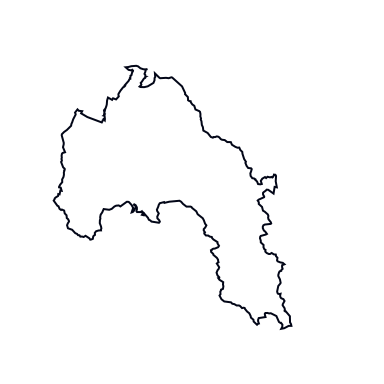 outline of Panticeu, Cluj, Romania, rotated 202°
{"feature_id": "2599482B63681333603727", "entity_name": "Panticeu", "entity_type": "district", "adm_level": 2, "iso_a3": "ROU", "parent_name": "Romania", "parent_adm1": "Cluj", "projection": "albers", "projection_center": [23.537, 47.044], "detail": "fine", "context": "isolated", "style": "outline", "palette": "ink", "viewbox_px": 384, "rotation_deg": 202, "n_neighbors": 0, "source": "geoboundaries", "source_scale": "gbopen_adm2", "svg_char_len": 6079}
<svg xmlns="http://www.w3.org/2000/svg" viewBox="0 0 384 384"><g transform="rotate(202 192 192)"><path d="M300.2,282.8L296.6,281.5L293.9,282.0L293.3,282.8L292.9,282.4L292.2,282.5L292.0,281.6L292.3,280.9L292.2,279.5L291.9,277.7L292.6,276.8L292.1,275.6L292.3,274.6L291.6,273.9L292.3,273.0L292.4,271.3L294.4,265.6L293.8,265.4L294.2,264.3L295.1,263.3L296.3,259.1L296.9,255.5L296.7,254.6L295.7,253.2L297.1,249.4L300.3,249.3L300.6,247.5L305.3,248.1L305.0,245.0L303.8,241.2L303.6,239.6L303.5,237.2L304.2,234.8L303.3,233.3L303.1,233.8L302.7,231.4L302.0,231.5L302.0,230.4L302.4,229.8L301.6,229.9L300.1,227.1L299.7,225.7L300.5,226.0L301.0,227.1L301.4,226.6L301.3,225.6L301.7,224.9L301.5,224.1L301.7,222.7L317.1,222.3L324.3,223.4L324.1,225.8L327.4,224.9L329.1,225.7L330.2,221.8L329.1,220.7L328.9,220.2L329.4,214.9L329.2,211.8L329.3,209.9L328.9,208.1L331.2,202.7L333.1,199.7L334.3,196.8L334.0,195.7L329.3,189.5L328.8,188.0L328.4,185.2L324.6,181.3L326.6,179.7L326.9,178.7L326.5,176.8L325.5,174.9L325.4,173.7L324.5,172.7L324.4,171.2L324.6,170.8L320.7,166.6L318.8,165.9L318.5,165.5L318.6,164.2L318.3,164.1L318.2,162.3L317.2,160.0L316.8,157.8L317.1,155.0L316.0,152.5L317.0,149.4L317.2,146.9L317.0,146.5L315.3,146.8L313.3,144.3L314.6,144.0L313.9,140.2L315.2,140.0L314.7,138.1L316.4,135.8L316.9,134.6L316.7,133.7L317.0,132.2L311.6,128.8L310.5,128.8L308.4,126.7L306.6,126.3L306.1,127.0L303.6,126.9L302.0,124.5L299.6,123.4L298.3,120.9L296.7,120.4L295.1,118.9L295.0,118.4L295.4,116.5L295.4,114.4L293.4,111.9L289.0,112.1L284.8,110.1L282.9,110.1L281.5,109.3L280.1,109.7L278.8,108.8L277.3,109.5L275.6,109.7L274.3,111.5L269.7,110.6L268.5,109.7L267.8,110.1L266.4,111.4L266.9,113.6L266.8,114.5L265.9,115.9L266.8,117.7L266.2,119.7L264.1,121.4L262.0,122.3L262.3,122.8L262.4,124.3L263.4,125.9L265.8,128.5L266.8,131.3L267.0,133.1L267.7,134.2L268.2,136.8L267.6,139.4L267.5,143.1L262.1,144.5L260.1,146.3L258.5,149.5L257.2,150.9L254.9,152.1L253.0,151.8L248.8,158.5L247.5,159.0L246.6,159.0L243.3,157.4L240.8,155.4L240.6,154.9L240.3,150.5L239.4,151.3L238.9,152.4L238.5,157.0L238.8,157.8L241.0,158.4L240.9,158.9L239.4,158.7L237.4,157.1L236.6,155.4L236.4,153.5L235.4,152.8L232.3,154.1L231.4,155.2L231.0,154.5L230.4,155.0L229.1,154.6L229.8,152.1L227.8,152.4L227.8,153.9L223.2,151.6L221.6,150.1L219.9,150.0L218.5,149.4L211.1,151.1L210.7,152.4L211.8,153.5L214.2,154.6L215.0,156.2L214.8,159.7L217.1,161.3L217.9,162.4L217.8,166.0L218.0,167.3L217.7,169.5L214.1,172.2L213.5,171.6L209.4,174.5L200.3,179.2L198.4,178.9L195.9,177.6L191.7,176.4L187.9,177.9L186.9,177.9L185.8,177.2L180.8,175.7L178.4,173.5L172.2,171.7L170.4,170.2L168.0,167.5L166.2,166.5L166.4,164.1L167.2,162.0L166.7,160.7L164.9,159.5L165.3,158.7L165.0,158.0L162.8,156.9L160.7,157.7L158.8,157.3L156.8,157.7L156.1,156.8L154.4,156.0L149.6,155.1L149.1,153.9L146.8,152.2L147.1,150.6L149.6,148.1L151.0,147.4L151.8,146.5L151.9,145.6L152.6,145.1L151.8,143.6L149.2,142.6L148.6,141.7L144.3,140.3L142.5,139.0L141.7,137.4L141.1,136.9L142.2,135.0L138.6,132.4L138.5,130.5L139.0,129.1L139.0,126.4L137.1,124.2L134.7,123.1L134.6,122.7L135.4,122.0L133.7,120.9L129.3,120.1L128.6,117.8L127.6,116.4L127.0,113.8L128.4,112.4L128.2,112.1L128.4,110.2L127.3,107.9L127.7,106.3L124.5,103.6L121.1,102.6L114.5,104.3L112.8,103.5L110.7,103.9L108.2,103.5L105.9,104.4L104.7,104.3L102.1,103.1L100.9,104.0L99.8,104.2L99.0,103.4L96.1,101.8L93.4,101.0L91.2,99.0L90.3,97.6L87.2,96.6L86.3,95.0L82.0,93.3L81.6,94.3L80.7,95.1L82.2,96.8L82.8,98.1L82.9,100.1L77.0,103.6L78.4,105.4L78.9,106.6L78.6,107.3L76.8,108.1L75.0,108.3L73.5,109.1L67.3,108.6L62.7,104.1L60.7,103.7L60.4,104.0L58.5,102.9L57.8,100.8L58.0,98.6L55.4,100.3L52.2,104.1L49.7,105.1L50.7,106.6L52.3,107.9L54.7,113.5L60.4,116.5L60.7,116.2L61.7,116.5L61.8,117.6L62.6,118.9L65.5,120.9L65.8,121.9L65.4,125.6L67.1,126.9L69.5,126.9L70.7,127.7L71.5,129.0L71.8,130.8L72.8,130.1L74.1,129.9L75.0,130.5L75.8,131.7L76.8,137.2L75.8,140.3L75.8,141.0L77.7,143.9L80.4,146.3L80.9,147.3L81.2,150.0L81.0,151.3L79.7,152.3L79.9,153.4L79.2,154.7L80.4,156.2L81.0,157.9L79.2,159.6L81.3,160.3L83.8,159.8L86.7,159.8L87.6,160.6L88.1,163.0L90.1,164.0L90.9,165.4L92.7,164.8L95.3,165.3L96.5,163.7L97.6,163.3L99.7,163.4L101.4,164.0L101.7,164.2L102.2,165.9L103.4,166.0L105.0,167.5L105.8,169.7L109.3,171.0L110.1,172.8L111.6,174.5L112.0,176.0L111.8,177.0L107.5,180.3L106.8,181.2L109.2,182.7L110.9,183.2L112.8,185.0L113.4,186.5L113.3,187.9L112.3,189.1L107.1,191.9L106.8,192.5L107.6,193.5L110.9,195.4L111.9,196.9L112.2,198.4L113.3,199.6L117.2,201.0L119.2,201.3L121.5,204.4L125.6,205.9L126.2,207.5L127.9,208.7L127.3,209.9L123.2,214.2L123.4,214.9L125.1,216.2L125.8,217.7L125.6,218.5L124.0,221.1L123.7,222.1L122.2,222.6L115.8,221.1L117.3,227.7L115.1,228.1L118.4,233.3L120.0,238.1L120.5,238.8L121.3,239.2L122.5,238.8L122.2,238.0L122.7,236.8L122.6,236.0L123.0,235.5L124.1,235.7L125.1,234.8L127.7,234.4L128.5,232.7L129.9,233.2L131.9,230.6L131.9,229.9L132.4,228.4L132.1,227.7L130.3,225.6L131.5,224.7L133.7,224.1L135.6,226.1L138.1,227.1L138.0,227.5L139.4,227.8L141.3,227.4L143.7,228.9L144.9,231.2L144.9,233.0L145.2,235.6L146.1,236.1L148.9,235.3L151.2,236.7L153.4,239.0L153.3,240.2L156.0,242.1L159.5,246.3L160.4,248.0L163.0,249.1L164.8,250.9L166.4,250.1L168.7,250.1L172.7,250.8L174.7,252.8L178.0,251.5L181.1,252.4L183.8,251.7L185.1,251.8L187.2,252.9L188.6,253.1L189.9,252.8L191.1,251.6L192.7,251.0L193.0,250.2L195.2,250.1L199.6,252.6L204.5,253.2L206.2,256.2L208.0,257.9L209.7,261.1L211.1,262.6L211.2,263.6L212.5,265.1L213.4,267.5L214.6,269.3L215.6,269.7L219.7,269.8L222.2,272.8L224.5,273.3L226.5,274.6L227.3,275.7L228.4,275.3L230.0,275.6L231.4,278.5L235.1,280.1L235.4,281.2L240.8,286.2L253.2,290.7L254.1,290.6L256.2,288.8L258.9,288.1L264.1,285.6L265.0,285.7L270.8,288.1L269.2,284.9L269.4,283.7L268.6,281.5L268.6,278.7L272.6,273.4L275.6,271.3L279.2,270.0L280.1,270.1L279.2,272.1L279.2,272.7L280.4,273.9L279.8,275.5L279.1,279.1L278.2,280.2L278.5,280.9L278.0,281.6L278.4,281.5L279.2,283.1L280.3,283.7L280.3,286.1L280.8,287.8L279.4,289.3L281.0,288.3L283.0,287.6L286.2,287.4L289.1,288.3L291.0,288.1L295.4,285.9L297.9,284.0L300.2,282.8Z" fill="none" stroke="#020617" stroke-width="2"/></g></svg>